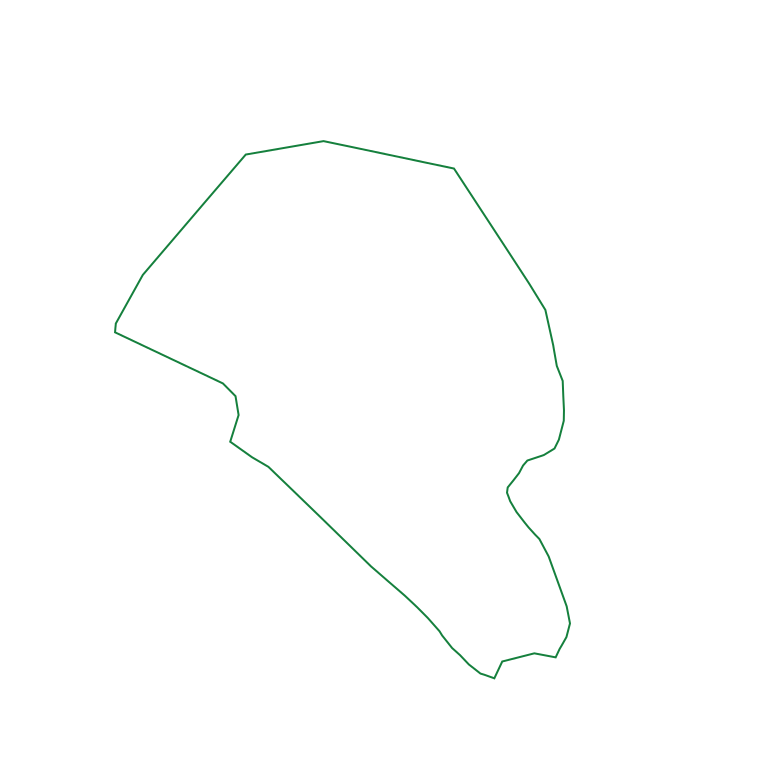 Abu Jabrah, Eastern Darfur, Sudan (orthographic projection), rotated 204°
{"feature_id": "16777658B57508233382932", "entity_name": "Abu Jabrah", "entity_type": "district", "adm_level": 2, "iso_a3": "SDN", "parent_name": "Sudan", "parent_adm1": "Eastern Darfur", "projection": "orthographic", "projection_center": [26.739, 10.949], "detail": "fine", "context": "isolated", "style": "outline", "palette": "green", "viewbox_px": 768, "rotation_deg": 204, "n_neighbors": 0, "source": "geoboundaries", "source_scale": "gbopen_adm2", "svg_char_len": 1222}
<svg xmlns="http://www.w3.org/2000/svg" viewBox="0 0 768 768"><g transform="rotate(204 384 384)"><path d="M116.0,204.1L115.8,213.4L115.3,217.7L114.4,227.0L116.7,240.9L126.7,255.2L163.4,293.4L179.0,305.6L184.8,307.9L193.4,311.7L194.6,312.3L199.1,314.6L210.8,320.9L221.0,328.2L224.3,331.6L227.4,334.7L228.8,339.4L228.9,339.9L226.6,348.5L224.4,357.5L223.8,366.1L221.9,372.4L210.7,382.6L209.1,384.1L202.0,394.4L201.6,404.3L204.8,423.5L208.9,433.2L215.3,445.9L222.0,459.5L233.5,470.8L243.2,485.2L245.1,488.1L266.7,517.3L292.3,534.8L325.2,556.1L407.4,609.1L407.7,609.3L437.4,602.9L511.7,587.0L520.4,585.1L538.0,581.3L575.8,556.0L603.6,537.4L603.7,537.1L611.2,511.9L621.7,476.7L634.7,432.8L648.7,385.6L653.6,330.1L653.5,329.9L653.3,329.4L653.0,328.4L652.9,328.2L652.6,327.3L652.5,326.9L651.9,325.2L651.8,324.9L651.3,323.5L651.2,323.2L651.1,322.9L650.8,322.1L650.7,321.8L531.4,319.0L514.7,312.5L504.2,296.5L501.0,268.7L474.7,263.4L455.9,261.3L440.0,255.5L433.6,253.2L385.6,235.7L321.7,212.1L299.4,205.3L278.6,199.0L263.1,193.6L248.9,188.1L232.7,180.7L228.6,177.9L214.4,170.5L204.2,167.2L192.4,162.3L178.1,158.7L174.1,159.2L163.5,160.0L163.1,178.6L137.1,199.1L116.0,204.1Z" fill="none" stroke="#15803d" stroke-width="2"/></g></svg>